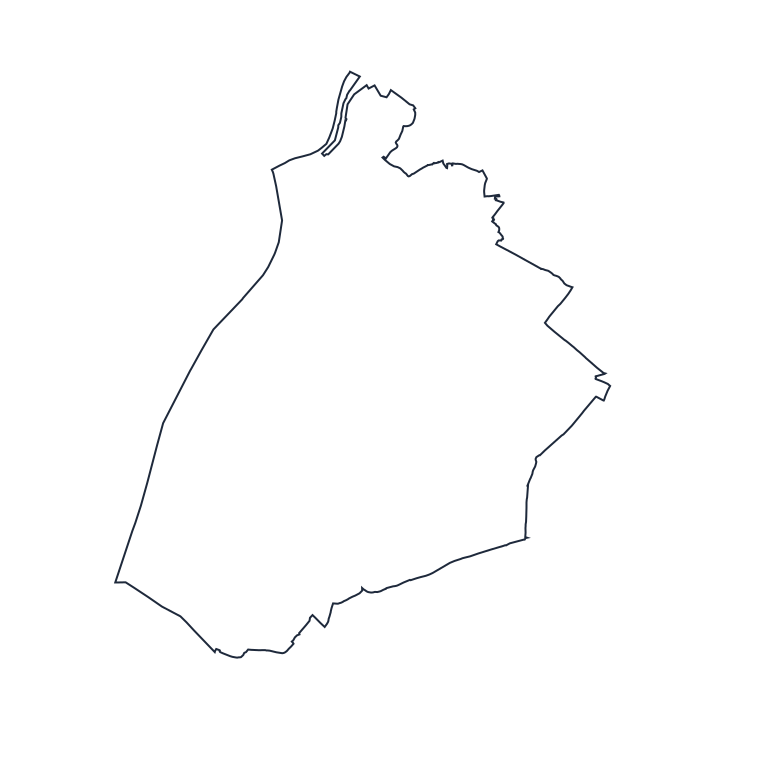 Somova, Tulcea, Romania, rotated 282°
{"feature_id": "2599482B80721058448437", "entity_name": "Somova", "entity_type": "district", "adm_level": 2, "iso_a3": "ROU", "parent_name": "Romania", "parent_adm1": "Tulcea", "projection": "mercator", "projection_center": [28.654, 45.188], "detail": "fine", "context": "isolated", "style": "outline", "palette": "slate", "viewbox_px": 768, "rotation_deg": 282, "n_neighbors": 0, "source": "geoboundaries", "source_scale": "gbopen_adm2", "svg_char_len": 6096}
<svg xmlns="http://www.w3.org/2000/svg" viewBox="0 0 768 768"><g transform="rotate(282 384 384)"><path d="M570.3,229.7L568.3,231.2L566.7,232.1L555.0,237.4L522.8,250.3L500.8,251.6L490.0,250.2L487.8,249.8L474.3,246.4L465.2,243.0L439.2,228.5L438.2,228.0L437.5,227.8L401.9,205.8L378.8,198.4L358.2,192.1L357.1,191.7L299.8,176.1L277.1,174.8L238.4,173.0L214.4,171.5L196.2,169.6L188.0,168.4L134.0,162.4L134.2,163.5L136.3,172.5L132.7,182.0L126.4,198.0L120.1,213.1L114.4,233.2L109.8,240.4L103.3,249.6L86.6,274.2L87.8,274.3L89.9,275.0L89.7,276.6L89.4,278.6L89.1,278.9L88.2,278.9L88.0,279.1L87.7,279.6L87.1,282.3L85.8,290.1L85.6,292.4L85.7,295.7L85.8,297.2L86.4,298.7L86.7,299.9L87.1,300.9L89.5,302.6L90.0,302.8L91.7,303.1L92.2,303.5L92.8,304.5L93.1,304.8L96.0,306.3L96.3,309.0L97.6,317.0L98.9,322.6L99.0,323.6L98.9,324.3L99.2,325.8L99.4,327.7L99.2,334.5L99.5,340.2L99.6,340.7L100.1,341.9L101.1,343.2L102.8,344.6L105.2,345.9L107.9,347.7L111.1,349.5L111.7,349.0L112.9,347.4L114.1,348.3L114.9,348.7L117.6,349.5L120.1,351.2L121.5,353.4L122.7,352.8L132.0,357.9L136.9,360.4L139.9,360.2L143.1,362.1L141.2,365.2L136.9,371.7L134.0,376.5L137.6,378.1L139.9,378.8L141.7,378.8L142.8,378.7L145.1,379.0L149.7,379.3L150.7,379.2L154.0,379.3L158.8,379.8L159.4,384.1L159.7,385.0L160.5,386.2L160.9,387.1L161.3,387.7L162.2,388.9L163.1,389.7L164.8,392.1L166.3,393.8L167.0,394.4L167.8,395.4L169.4,397.4L171.1,399.9L172.1,401.1L174.2,403.6L177.0,405.4L177.5,405.6L179.9,405.0L179.2,406.2L178.7,407.2L178.2,408.7L177.6,410.0L177.3,411.1L177.2,412.0L177.3,414.7L177.5,415.5L177.9,416.7L178.7,418.2L178.8,418.7L179.0,420.0L179.1,420.7L180.2,423.0L180.8,424.0L182.7,426.3L183.9,428.2L184.1,428.1L185.0,429.1L185.3,429.7L188.0,435.0L188.5,436.5L189.1,437.9L189.4,438.5L190.3,439.8L193.9,444.4L197.8,450.1L197.6,450.8L200.8,456.3L202.7,459.9L205.1,464.8L207.1,468.0L209.2,470.8L222.7,485.6L225.6,489.8L228.8,495.4L229.9,497.0L231.0,499.2L233.3,504.0L237.9,511.6L244.4,523.2L250.4,534.3L251.5,536.1L251.5,536.9L254.3,540.2L261.1,553.6L261.0,553.8L261.1,554.0L262.2,554.3L262.6,554.6L263.0,555.0L263.4,555.9L263.6,554.0L268.0,553.4L272.6,552.3L274.2,552.1L276.3,551.7L278.7,551.6L284.0,550.7L286.1,550.3L292.6,549.1L297.8,548.0L301.0,547.6L302.7,547.6L315.9,545.8L315.8,545.7L321.6,546.7L322.0,546.9L326.9,547.8L329.4,547.7L330.9,547.9L334.7,549.0L337.7,549.2L339.5,549.2L341.4,548.1L342.4,547.9L343.4,548.1L344.2,548.3L346.3,550.4L346.7,550.8L346.7,551.3L352.5,555.2L370.6,568.5L372.0,570.0L382.3,576.4L396.7,583.9L399.5,585.2L415.5,593.8L415.7,594.0L415.7,594.3L413.5,602.0L413.5,602.4L414.7,602.7L417.8,603.0L422.1,603.8L423.8,604.1L429.1,605.6L430.2,603.6L430.6,602.9L430.7,602.4L431.5,598.9L432.0,596.2L432.9,590.1L433.1,589.8L434.4,590.0L435.2,589.5L435.5,589.4L435.6,589.5L436.6,591.7L436.8,592.0L439.7,597.6L440.3,598.2L440.4,596.4L441.0,595.3L444.2,588.9L450.8,577.1L451.3,576.1L451.8,575.5L454.3,571.2L455.7,568.8L457.2,565.8L459.6,561.7L460.3,560.2L462.6,555.9L464.4,552.2L464.4,551.8L470.4,540.1L475.0,531.7L477.3,528.7L481.1,530.4L484.3,531.7L496.3,537.9L499.0,539.8L505.8,543.3L510.4,545.5L514.7,547.2L517.8,548.2L518.0,546.1L518.3,544.3L518.5,542.6L518.7,541.8L519.0,541.2L519.8,539.5L522.0,537.3L523.3,535.1L523.9,534.6L525.0,532.9L525.3,531.9L525.5,530.7L525.6,530.1L525.7,528.4L525.9,527.1L526.9,525.7L527.7,524.1L528.7,521.6L528.9,520.9L529.0,518.1L529.4,515.8L529.4,515.0L529.2,514.1L529.4,514.1L529.7,512.5L534.7,496.2L537.9,485.9L542.7,469.0L544.0,464.7L547.1,465.5L547.8,465.9L548.3,466.4L548.7,468.8L549.9,469.0L550.1,469.8L550.7,470.3L550.9,470.3L551.6,469.8L552.8,469.4L553.3,468.9L554.2,467.7L555.5,466.2L556.4,464.8L556.4,464.4L557.1,464.4L557.8,464.7L559.1,464.6L560.3,464.3L561.0,463.9L561.6,463.2L562.6,460.8L563.5,460.3L563.9,459.3L565.5,456.0L567.2,456.6L567.1,457.3L567.6,457.4L568.0,456.5L568.8,456.6L569.2,455.4L569.6,455.5L572.9,457.2L576.9,459.0L584.5,462.8L585.9,463.4L586.4,463.2L586.5,459.9L587.0,456.3L587.0,455.4L587.7,455.6L588.2,455.6L588.6,455.0L588.3,453.9L588.9,453.8L590.0,453.8L591.0,454.6L591.1,456.2L591.6,457.8L592.4,457.5L592.9,457.0L590.1,449.6L589.4,447.4L589.2,446.0L588.3,443.4L592.7,442.0L594.2,441.7L599.4,441.2L601.5,441.2L605.6,441.9L606.4,441.9L613.4,435.9L611.1,432.9L611.7,431.2L611.9,430.3L612.4,425.2L613.1,421.8L613.6,420.1L614.6,417.0L615.1,415.0L615.1,413.4L614.7,410.3L614.2,408.3L614.1,405.5L613.8,405.4L612.1,405.4L612.0,405.0L613.6,404.6L613.3,403.1L613.3,401.7L612.8,401.0L612.5,400.1L612.3,399.9L610.8,400.5L608.3,400.8L608.4,400.1L610.3,398.1L612.0,396.2L614.7,394.9L612.5,392.0L612.2,391.3L612.4,391.1L612.2,390.8L611.8,390.8L611.5,390.1L611.1,389.4L610.7,388.2L610.4,387.6L610.5,387.5L610.7,386.9L610.5,386.6L609.7,386.3L609.4,385.7L608.7,385.4L608.6,384.7L607.4,382.1L607.3,381.2L606.7,380.9L603.7,377.2L602.7,376.2L601.3,374.6L595.9,369.3L595.2,367.9L592.8,366.0L592.2,365.0L592.4,364.1L594.3,361.9L594.8,360.6L595.6,359.1L596.5,358.0L598.3,355.1L599.0,352.2L599.0,348.6L600.4,343.9L603.4,338.3L605.2,335.5L606.2,336.4L605.1,339.0L612.0,341.9L613.8,343.2L615.0,344.4L617.2,346.7L618.3,347.5L619.4,347.7L619.9,347.6L620.6,347.2L621.7,346.0L622.6,345.3L623.7,345.5L625.0,346.5L626.8,347.6L628.4,347.9L631.5,348.4L635.3,349.3L639.9,349.3L640.4,349.6L640.6,351.4L641.1,353.2L641.8,354.7L642.7,356.0L644.2,357.2L645.5,358.0L647.4,358.3L649.8,358.7L653.7,358.6L656.0,358.1L658.8,356.0L660.2,357.3L662.6,354.6L662.9,350.9L667.7,341.5L672.9,329.6L668.6,328.5L665.0,326.9L665.3,320.8L674.1,312.7L669.8,307.5L672.7,304.9L661.1,294.6L650.0,290.2L636.3,291.0L635.3,292.2L633.9,292.0L633.9,291.4L627.6,291.7L617.0,291.4L612.3,290.6L609.6,289.6L597.0,281.7L596.8,279.8L594.7,278.1L596.5,275.5L612.1,285.3L625.5,285.9L627.6,285.5L630.3,286.6L636.4,286.7L639.9,286.0L650.2,286.0L654.7,287.1L655.6,287.7L659.3,287.8L663.7,289.3L663.9,289.6L679.7,296.4L682.4,285.8L681.3,285.6L676.6,283.4L671.8,282.0L666.3,281.2L652.8,280.3L644.2,280.5L640.2,280.7L639.1,281.0L631.5,281.0L623.3,280.7L613.6,279.2L606.9,277.7L601.9,273.8L598.5,270.9L593.4,264.2L589.9,257.4L586.3,250.0L583.1,244.9L579.5,241.1L575.9,236.4L570.3,229.7Z" fill="none" stroke="#1e293b" stroke-width="2"/></g></svg>